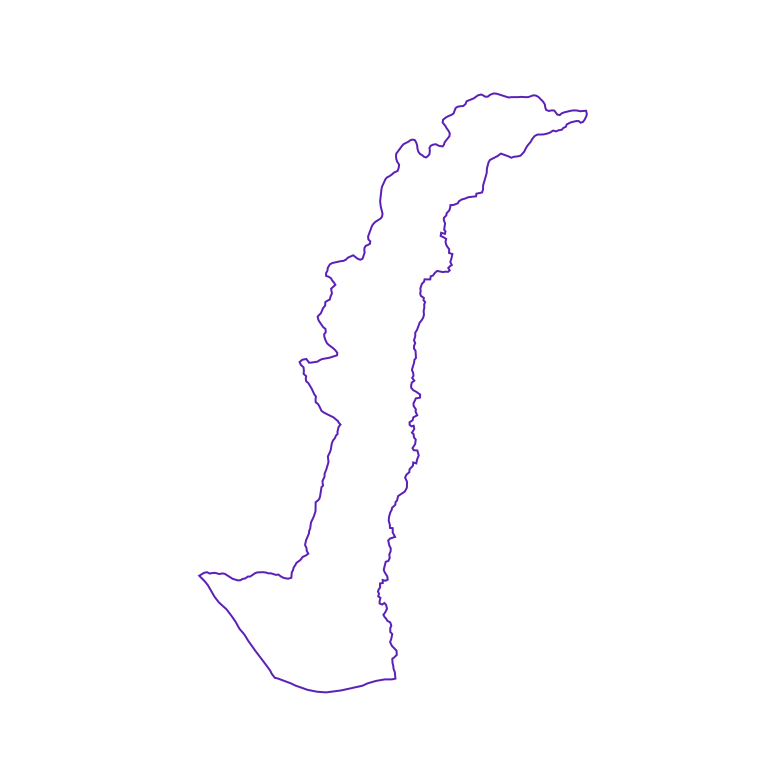 Pau D'Arco, Tocantins, Brazil (orthographic projection), rotated 283°
{"feature_id": "56859067B66536324452974", "entity_name": "Pau D'Arco", "entity_type": "district", "adm_level": 2, "iso_a3": "BRA", "parent_name": "Brazil", "parent_adm1": "Tocantins", "projection": "orthographic", "projection_center": [-48.908, -7.551], "detail": "fine", "context": "isolated", "style": "outline", "palette": "violet", "viewbox_px": 768, "rotation_deg": 283, "n_neighbors": 0, "source": "geoboundaries", "source_scale": "gbopen_adm2", "svg_char_len": 6147}
<svg xmlns="http://www.w3.org/2000/svg" viewBox="0 0 768 768"><g transform="rotate(283 384 384)"><path d="M99.5,461.4L105.6,459.4L108.5,457.4L111.3,456.5L114.0,455.1L118.1,453.9L119.7,455.3L122.9,457.4L127.0,456.2L130.6,450.6L133.9,448.0L137.2,448.4L142.2,448.3L143.8,445.9L147.5,445.0L150.2,445.5L153.1,443.7L154.0,440.6L155.8,438.9L157.1,437.0L159.0,435.3L161.6,436.5L165.7,437.5L169.3,435.7L170.7,433.6L168.7,431.8L169.1,429.2L171.1,428.6L174.9,428.6L175.7,426.2L178.6,426.3L180.4,424.8L182.8,425.1L184.7,426.0L188.7,425.0L189.9,427.6L192.7,426.8L192.6,429.7L194.2,431.6L197.3,430.5L200.6,427.1L203.0,425.5L211.2,425.7L212.5,428.0L215.8,428.7L219.1,427.5L222.4,428.1L225.5,427.5L227.8,425.5L232.5,423.3L234.8,424.7L237.5,429.2L241.2,425.9L245.5,424.9L245.1,422.2L248.5,421.2L251.7,419.4L255.4,418.8L260.1,419.0L263.1,419.8L265.2,419.7L268.8,422.2L271.5,421.8L273.4,422.9L278.1,423.0L283.9,428.5L288.1,429.6L293.8,428.5L297.6,425.6L300.8,426.3L303.7,428.5L306.7,428.1L311.0,430.6L314.1,430.1L313.9,433.3L317.6,433.2L322.2,433.9L326.7,431.5L326.2,427.8L327.9,426.2L332.6,427.9L337.0,427.4L338.7,425.2L341.8,424.1L342.8,422.2L347.1,423.6L350.0,422.3L348.9,420.4L349.9,418.2L352.5,417.5L355.0,420.0L358.1,420.1L361.0,423.4L364.3,420.9L366.4,420.8L369.4,417.7L372.1,417.1L375.0,417.9L377.1,418.2L378.8,422.1L381.8,421.6L383.6,417.3L384.6,413.8L386.5,411.3L389.3,410.7L391.7,410.8L394.0,412.8L396.3,410.1L398.6,410.9L401.4,409.9L404.1,408.0L411.3,408.5L414.4,408.2L416.6,409.3L423.6,407.2L425.2,405.3L427.9,404.7L430.9,405.2L433.3,403.4L437.5,403.7L441.1,402.9L444.1,404.0L452.0,405.0L454.0,406.1L457.2,407.2L460.3,407.4L464.0,406.2L467.5,406.1L470.4,405.3L473.2,405.6L474.4,403.7L476.9,403.4L478.1,400.2L480.2,398.9L483.0,398.8L485.3,397.9L490.1,398.4L492.7,400.0L495.1,400.0L496.3,405.5L499.5,405.3L500.7,407.4L503.4,408.4L506.1,410.3L506.3,416.2L507.3,418.7L507.7,421.2L509.4,422.5L511.5,420.5L513.7,421.9L515.2,423.3L517.7,421.2L522.5,421.5L526.0,421.4L526.3,417.9L530.0,417.2L531.8,415.0L533.8,413.2L536.5,411.9L539.3,412.0L540.2,409.6L541.0,405.9L544.2,405.7L544.0,409.6L546.5,409.6L547.9,407.9L554.2,407.4L557.1,405.4L559.4,405.0L562.3,406.8L564.4,406.6L568.0,408.6L571.0,408.8L573.3,408.5L573.9,411.2L576.7,415.3L578.9,415.9L581.2,418.1L582.8,421.1L585.0,424.2L587.6,431.5L590.2,431.2L592.7,436.5L596.1,436.7L599.6,435.9L612.6,436.6L617.4,435.8L623.3,436.0L626.1,436.8L631.6,443.3L634.8,446.1L633.8,454.1L633.1,457.1L634.6,459.4L635.7,462.7L637.2,465.7L642.0,468.4L645.3,469.1L649.0,470.4L652.8,472.4L656.3,473.4L659.5,475.0L661.6,477.5L662.9,482.8L664.6,486.5L666.3,489.2L669.0,491.8L668.8,494.7L670.5,497.1L671.8,500.1L673.8,501.1L675.7,503.4L678.0,503.6L681.0,507.2L683.4,512.1L684.0,514.5L682.8,516.8L684.1,518.9L686.9,520.1L690.6,520.9L692.7,520.9L695.7,519.4L693.9,513.7L693.9,510.7L693.5,508.2L692.6,505.3L689.3,498.6L687.7,496.3L685.6,494.8L685.5,492.2L688.7,488.5L688.4,486.1L687.1,483.1L687.6,480.3L689.6,479.0L692.6,477.8L694.8,475.6L698.4,470.0L699.2,467.2L698.9,464.6L696.1,460.2L695.4,457.8L694.6,453.0L693.6,449.9L692.2,443.8L691.2,440.9L692.2,428.3L691.8,425.6L690.6,423.6L689.3,422.0L687.3,420.5L686.7,417.9L687.5,415.8L687.9,413.4L686.3,410.5L682.5,407.2L678.1,400.9L675.0,400.4L672.7,398.7L671.7,395.6L670.6,393.2L668.9,391.7L663.2,390.9L661.2,388.9L659.6,386.6L657.7,384.4L654.8,382.1L652.0,382.3L649.4,385.6L647.2,387.6L645.0,390.1L643.0,391.7L640.1,392.0L633.2,388.7L630.8,388.6L628.7,387.7L628.4,384.0L629.3,380.6L628.2,377.9L626.6,375.9L624.1,375.2L621.6,376.2L618.1,376.6L615.8,375.4L614.2,374.0L614.4,371.8L615.6,369.6L616.2,367.4L618.1,365.2L621.0,363.6L624.0,362.6L626.6,361.0L628.6,359.1L628.6,357.0L627.6,355.0L625.6,353.3L622.2,349.2L620.1,348.0L611.1,344.1L608.5,344.5L606.1,345.3L603.6,346.8L601.1,349.4L598.0,349.7L594.6,349.3L592.3,346.2L589.6,344.3L587.6,342.4L586.1,340.6L584.1,339.4L575.9,337.7L573.4,337.7L561.2,339.1L556.2,340.9L549.5,344.3L546.7,344.4L544.6,343.6L539.9,339.0L537.4,337.5L535.2,336.7L524.1,335.3L521.3,336.3L519.9,338.5L517.6,338.8L515.8,337.0L514.5,335.1L512.1,334.4L509.8,334.7L507.8,335.6L501.2,334.9L499.7,332.9L500.1,330.1L502.5,325.1L499.0,320.4L496.6,318.9L494.9,316.9L493.9,314.1L490.3,306.5L488.3,304.3L484.4,303.1L481.7,303.4L478.9,302.6L476.3,303.3L476.0,306.2L475.0,308.7L473.1,310.3L471.7,312.3L469.7,314.3L464.9,311.0L460.6,312.9L457.6,312.3L454.0,312.1L452.6,310.3L450.7,308.4L447.3,309.0L444.0,307.5L438.8,306.6L434.9,304.2L432.8,305.0L430.9,306.3L425.6,312.1L424.6,314.5L421.5,315.6L418.9,314.5L416.3,315.4L413.3,317.3L410.7,319.5L409.4,321.9L407.4,326.5L405.9,329.0L403.8,331.5L401.4,331.8L397.3,324.9L394.4,318.1L392.7,315.9L390.9,314.3L388.5,308.4L387.9,306.2L390.9,302.7L389.3,299.0L386.4,296.8L383.9,298.7L382.2,301.8L379.2,302.9L375.8,303.4L374.1,306.4L371.4,306.6L369.1,307.6L367.9,310.1L362.8,314.9L358.0,318.6L356.5,320.5L353.4,320.8L350.8,321.6L349.7,324.1L348.0,325.8L343.7,329.2L342.5,332.4L340.1,342.4L337.5,347.4L336.0,348.8L334.7,350.7L331.9,349.4L327.0,349.4L324.9,350.0L322.9,348.8L320.1,348.3L317.5,347.0L314.3,346.5L308.2,346.9L305.8,346.7L300.8,345.6L295.4,347.5L287.7,347.0L283.4,346.3L280.3,346.9L275.7,345.9L273.5,346.5L271.3,347.5L269.5,346.3L260.1,347.0L257.4,346.8L255.4,345.6L253.4,344.0L244.6,345.9L239.0,345.4L232.6,344.0L226.4,344.6L224.1,344.1L221.6,344.5L214.2,343.2L209.4,343.3L206.6,345.4L204.0,346.3L201.6,348.4L199.3,346.4L197.2,343.6L193.8,342.2L190.0,338.9L187.8,338.4L185.0,337.3L181.9,337.2L179.8,336.5L174.4,337.3L172.8,334.6L172.5,331.8L172.6,329.3L173.4,326.5L174.6,324.0L173.7,321.7L174.1,316.4L173.5,314.1L173.7,311.7L173.5,308.7L171.9,302.9L170.8,301.1L166.2,296.8L165.8,294.7L163.4,292.6L162.2,290.0L160.5,288.2L159.8,286.0L160.1,280.5L163.2,271.7L163.1,269.2L161.8,266.3L162.0,262.0L161.3,259.5L160.1,256.8L160.8,253.8L159.4,251.0L155.6,247.1L151.5,253.6L148.5,257.5L138.7,266.6L134.0,272.3L129.0,281.3L123.3,288.1L119.0,292.8L113.0,298.2L108.5,304.3L103.3,309.4L95.3,318.4L83.7,332.3L79.0,337.7L76.5,339.7L73.1,343.8L73.2,346.6L71.3,361.0L70.2,365.7L68.8,378.3L69.1,388.0L70.5,397.0L75.8,411.2L85.2,430.9L88.6,435.3L92.9,443.0L96.3,451.1L98.0,458.2L99.5,461.4Z" fill="none" stroke="#5b21b6" stroke-width="2"/></g></svg>